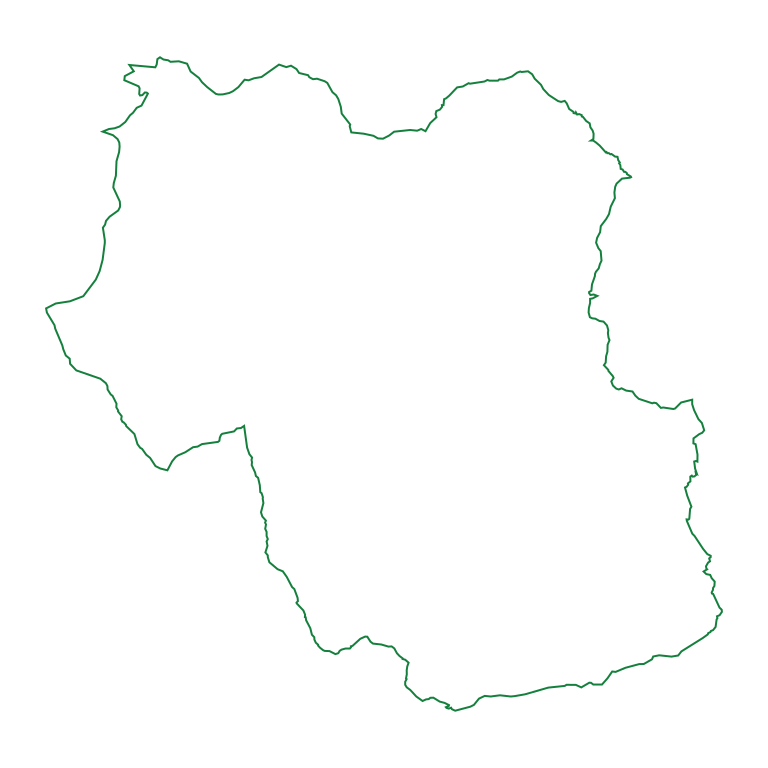 the district of Tasca, Neamt, Romania
{"feature_id": "2599482B76124812753990", "entity_name": "Tasca", "entity_type": "district", "adm_level": 2, "iso_a3": "ROU", "parent_name": "Romania", "parent_adm1": "Neamt", "projection": "orthographic", "projection_center": [25.997, 46.881], "detail": "fine", "context": "isolated", "style": "outline", "palette": "green", "viewbox_px": 768, "rotation_deg": 0, "n_neighbors": 0, "source": "geoboundaries", "source_scale": "gbopen_adm2", "svg_char_len": 6040}
<svg xmlns="http://www.w3.org/2000/svg" viewBox="0 0 768 768"><path d="M455.2,710.7L470.3,706.7L473.9,704.9L479.0,698.6L484.7,695.9L490.7,696.5L499.9,695.3L510.8,696.5L514.8,696.1L525.1,694.3L548.3,687.6L564.8,685.9L566.5,684.8L575.9,684.9L581.3,687.4L589.3,682.7L591.0,682.8L593.2,684.5L602.0,684.5L607.5,678.3L612.2,671.5L615.6,671.9L625.4,667.8L639.2,664.1L643.8,664.0L652.0,659.3L653.2,656.5L659.2,655.3L671.5,656.6L678.2,655.5L681.4,651.4L702.8,638.0L707.8,634.4L708.2,633.1L710.4,632.1L710.9,631.0L713.1,630.1L715.6,626.9L716.6,619.5L717.4,618.2L717.0,616.3L719.6,615.2L721.9,611.9L721.7,609.7L719.5,607.6L713.2,594.0L711.9,593.5L711.7,592.4L712.9,590.0L713.1,587.9L714.4,586.0L714.7,581.6L711.7,578.2L710.2,574.9L706.3,574.1L703.6,571.5L707.1,569.3L706.4,568.6L706.0,566.3L708.1,562.6L710.0,561.3L709.2,558.4L710.7,557.1L710.7,555.8L707.3,554.1L703.1,548.9L694.5,535.9L692.3,533.7L686.8,520.8L686.6,519.4L688.5,519.6L689.3,518.8L690.1,508.9L691.4,506.7L687.2,495.6L685.0,487.5L686.6,486.8L688.2,484.7L687.9,483.4L690.4,481.4L690.3,476.6L691.8,475.6L692.6,476.6L694.2,476.5L696.2,475.0L695.8,472.9L696.8,473.6L695.1,468.6L694.2,461.5L695.9,461.0L697.4,461.6L697.5,454.6L695.6,444.2L693.4,443.4L693.5,438.4L699.3,434.1L702.2,432.8L704.2,430.3L701.9,423.0L698.4,419.1L694.1,410.2L692.2,404.3L692.2,399.7L681.1,402.5L675.1,408.5L673.4,409.0L663.2,407.5L660.9,407.9L656.4,403.2L654.0,402.7L652.3,403.3L638.7,398.8L635.3,395.6L632.5,391.5L626.2,390.6L621.5,388.3L618.8,389.5L616.2,388.6L612.9,385.5L611.3,381.4L613.6,377.8L612.8,376.1L608.4,370.9L608.3,369.9L603.9,365.2L605.7,362.6L606.1,356.3L607.4,351.8L607.6,344.8L609.5,340.1L608.5,337.6L607.9,333.0L608.3,330.2L607.0,325.5L603.5,321.6L599.5,321.0L595.4,318.7L592.1,318.3L589.9,317.2L588.6,312.5L588.9,308.0L590.1,303.0L590.1,298.8L592.6,298.4L597.3,295.9L593.7,294.5L590.4,295.0L589.1,293.1L589.1,292.0L591.4,290.7L592.0,284.4L594.9,276.1L595.0,274.0L595.9,271.8L598.7,268.4L599.9,264.1L601.5,260.7L600.7,251.1L598.4,248.2L596.1,242.7L597.1,237.9L600.1,232.2L600.8,226.1L606.2,219.0L609.0,214.1L610.7,206.7L614.9,198.2L614.4,192.5L615.2,186.8L616.6,183.6L622.0,178.6L629.9,177.7L631.1,177.2L630.8,176.5L627.0,174.2L626.9,173.2L625.4,171.9L624.1,171.9L622.6,169.5L620.7,168.9L620.3,165.0L619.1,163.3L619.8,162.5L618.2,160.1L617.5,156.8L615.1,156.6L611.5,154.0L610.3,154.3L608.8,153.1L607.3,153.2L606.5,152.0L605.8,152.4L599.7,145.6L595.9,142.4L593.1,140.5L591.1,140.5L593.4,139.0L593.6,133.7L592.6,130.5L590.4,127.3L589.7,123.4L586.2,121.0L582.9,116.8L581.8,116.5L581.7,115.1L579.2,114.1L577.1,114.5L575.9,112.4L575.5,113.5L573.6,113.1L573.5,111.9L569.2,109.0L566.7,103.3L564.7,100.9L561.1,101.9L558.1,101.1L548.8,95.0L543.3,89.1L541.0,84.8L534.7,78.7L532.2,74.3L528.0,71.3L521.7,72.0L520.2,71.5L517.1,72.7L511.8,76.6L504.0,79.4L499.3,79.4L497.9,80.7L489.6,80.7L487.4,80.0L484.5,81.5L470.0,83.7L468.6,83.2L462.8,86.5L457.1,87.4L449.3,95.6L446.0,98.4L444.1,99.2L443.5,105.1L441.9,105.1L442.1,106.9L439.9,109.6L436.3,111.1L435.6,114.0L436.5,117.2L430.2,123.1L425.5,131.2L421.2,129.0L417.2,130.7L410.1,130.0L394.1,131.7L389.2,135.5L383.0,138.7L377.9,138.4L373.5,135.8L363.7,133.7L351.3,132.4L349.7,126.2L350.2,124.5L341.7,113.6L340.8,106.8L338.3,99.0L336.1,95.3L332.4,92.1L327.3,82.9L324.6,81.2L317.0,78.7L313.0,79.2L309.3,77.2L308.1,75.2L299.1,73.0L296.5,69.1L291.0,65.7L286.3,67.1L279.0,64.6L261.5,77.0L254.0,78.3L248.6,80.3L244.6,79.7L238.4,87.1L233.0,91.2L229.2,93.0L222.8,94.4L218.5,94.5L215.9,93.9L207.2,87.1L202.0,82.2L199.0,78.0L190.6,71.5L187.1,63.7L178.8,61.3L170.5,61.8L168.2,60.3L163.4,59.5L160.0,57.3L157.4,59.1L156.7,64.5L155.3,67.3L129.4,65.0L133.8,71.3L124.8,76.1L124.3,80.2L138.6,86.3L139.6,88.3L139.2,94.0L140.1,95.5L142.4,95.1L144.8,92.5L146.7,92.6L147.9,93.6L141.5,105.6L136.7,107.8L133.0,112.8L130.0,115.3L125.3,122.0L119.6,126.5L114.5,128.3L109.0,129.0L102.7,131.6L113.0,135.2L117.6,139.1L119.3,142.6L119.6,146.7L119.1,152.1L116.5,161.2L115.9,175.7L113.8,183.0L113.3,187.5L119.8,201.5L120.1,205.5L119.9,207.2L118.2,210.5L109.6,216.7L106.0,220.9L105.1,224.6L102.9,227.7L104.8,240.2L104.8,243.0L102.6,259.9L99.6,271.2L95.8,279.6L83.3,296.2L69.9,301.3L55.7,303.5L46.1,308.4L46.9,312.6L54.5,325.2L55.2,328.6L62.3,345.4L63.3,349.3L65.8,355.5L69.7,358.7L70.1,363.8L76.3,370.4L100.3,378.7L105.9,383.2L107.4,386.0L107.6,389.5L110.7,394.4L112.6,395.9L116.5,403.7L116.3,407.3L118.2,410.5L118.0,411.4L121.7,416.2L121.2,419.3L122.4,421.8L123.6,422.3L125.9,424.7L126.2,426.1L134.4,434.0L137.5,444.2L140.2,447.8L142.1,448.9L146.3,454.8L150.1,457.9L155.5,466.1L160.3,468.5L167.4,470.3L172.1,461.4L175.6,457.1L178.0,455.4L185.2,452.3L193.1,447.2L197.6,446.6L202.0,444.1L218.0,441.9L219.4,440.8L219.8,437.7L221.0,434.9L222.2,433.8L234.1,431.4L236.8,428.5L241.0,428.0L244.1,425.9L247.1,447.6L249.4,454.2L252.1,457.6L251.5,459.9L252.0,462.0L251.7,465.1L255.1,472.5L255.9,476.0L258.1,477.8L259.8,485.2L260.3,492.2L261.6,493.2L262.9,497.2L262.7,498.6L263.4,503.1L261.0,512.3L262.3,516.5L265.9,520.6L265.1,522.6L266.0,524.5L265.2,528.8L266.6,531.9L266.6,536.0L267.8,539.1L266.6,541.4L267.5,545.8L265.4,552.4L267.8,555.4L267.8,557.2L269.4,562.3L277.6,569.2L282.8,571.3L286.7,576.8L292.1,587.1L294.3,589.0L297.6,597.9L297.9,601.2L296.5,602.6L296.7,603.4L303.4,610.5L305.1,614.7L304.9,617.1L305.7,617.3L306.1,620.2L310.3,628.2L311.9,634.7L314.3,637.2L314.4,639.6L315.8,642.7L318.1,644.7L318.1,645.6L320.0,647.7L323.0,650.1L324.7,650.9L329.5,651.1L335.4,654.1L338.3,653.2L339.7,650.8L341.6,649.6L345.6,648.5L349.9,648.5L351.0,647.3L350.9,646.3L352.5,645.9L360.3,638.8L365.1,636.6L367.3,636.7L370.5,641.7L373.0,643.6L381.3,644.5L388.5,646.6L391.6,646.4L394.3,648.4L396.9,653.2L399.5,656.0L402.7,658.4L402.6,659.0L405.2,659.7L408.6,662.7L407.3,666.3L406.7,670.3L406.8,674.3L406.0,678.6L406.6,679.1L405.2,681.8L405.2,684.8L406.7,687.3L410.3,690.0L416.3,696.5L422.6,701.0L426.0,699.4L428.7,699.1L430.3,697.8L433.4,697.7L439.7,701.6L444.6,702.9L449.0,705.1L448.8,705.9L445.9,707.2L446.5,707.9L448.8,708.6L451.1,707.7L451.9,709.2L455.2,710.7Z" fill="none" stroke="#15803d" stroke-width="2"/></svg>